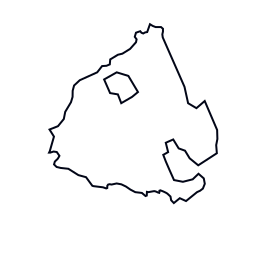 the border of Zala, rotated 339°
{"feature_id": "HUN-3159", "entity_name": "Zala", "entity_type": "County", "adm_level": 1, "iso_a3": "HUN", "parent_name": "Hungary", "parent_adm1": "", "projection": "robinson", "projection_center": [16.808, 46.674], "detail": "fine", "context": "isolated", "style": "outline", "palette": "ink", "viewbox_px": 256, "rotation_deg": 339, "n_neighbors": 0, "source": "natural_earth", "source_scale": "10m", "svg_char_len": 1581}
<svg xmlns="http://www.w3.org/2000/svg" viewBox="0 0 256 256"><g transform="rotate(339 128 128)"><path d="M86.0,176.6L83.4,174.4L75.1,170.0L74.0,169.2L71.2,158.9L64.8,154.2L57.7,144.7L50.9,141.2L47.4,138.8L46.6,137.1L45.9,135.5L47.7,133.1L51.3,131.6L52.5,130.7L54.0,129.4L52.9,124.9L50.1,123.3L46.5,123.1L45.5,122.7L46.6,121.7L55.8,109.5L54.2,101.3L63.3,101.2L71.3,96.6L75.2,90.4L84.0,83.5L87.4,79.1L89.7,73.4L92.9,69.0L100.1,66.1L119.2,65.0L126.0,60.9L130.2,62.2L133.8,62.1L136.0,57.6L144.8,56.0L149.4,56.6L158.3,54.9L166.2,50.8L167.8,48.3L167.0,45.3L169.6,41.9L174.1,42.0L174.7,43.9L176.1,45.2L178.2,44.9L180.3,45.3L185.7,39.0L187.7,41.6L190.0,43.7L195.0,45.6L196.2,47.9L195.2,50.5L193.6,52.9L192.9,55.9L195.5,109.8L193.0,126.4L199.0,134.0L209.3,130.3L210.5,161.8L207.5,170.3L204.2,175.6L201.9,183.4L180.2,188.0L174.7,178.4L173.1,169.6L168.0,165.2L166.1,154.9L158.0,155.3L156.8,164.9L151.3,165.7L151.3,172.8L151.7,182.0L152.3,193.1L160.0,197.9L170.0,199.1L177.4,196.0L180.7,202.2L179.7,207.6L176.2,211.4L172.8,212.4L169.5,212.6L156.0,217.0L151.2,212.1L143.9,214.5L142.4,210.9L143.1,207.2L141.2,203.3L140.1,201.9L138.3,200.0L135.9,197.8L134.9,197.8L134.5,198.9L133.9,199.7L132.7,198.8L131.8,197.8L131.0,197.1L130.2,196.5L129.3,196.2L124.1,195.2L122.8,194.4L121.3,197.8L120.0,197.8L117.7,193.6L111.8,190.5L108.2,186.4L105.1,181.9L101.6,178.2L97.5,175.7L92.4,174.9L90.7,173.9L89.2,173.7L88.0,174.5L87.1,176.6L86.0,176.6ZM130.6,102.4L143.0,100.4L150.2,98.0L147.0,79.5L137.4,72.0L123.1,74.1L123.8,89.0L130.6,93.0L130.6,102.4Z" fill="none" stroke="#020617" stroke-width="2"/></g></svg>